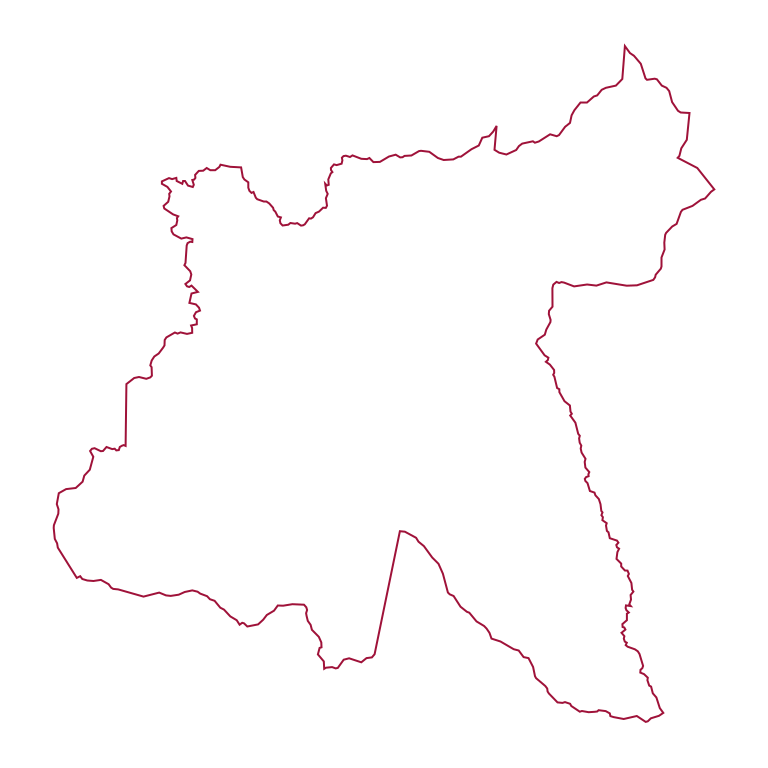 outline of Camapuã, Mato Grosso do Sul, Brazil
{"feature_id": "56859067B86887033099940", "entity_name": "Camapuã", "entity_type": "district", "adm_level": 2, "iso_a3": "BRA", "parent_name": "Brazil", "parent_adm1": "Mato Grosso do Sul", "projection": "natural_earth1", "projection_center": [-53.845, -19.324], "detail": "fine", "context": "isolated", "style": "outline", "palette": "rose", "viewbox_px": 768, "rotation_deg": 0, "n_neighbors": 0, "source": "geoboundaries", "source_scale": "gbopen_adm2", "svg_char_len": 6087}
<svg xmlns="http://www.w3.org/2000/svg" viewBox="0 0 768 768"><path d="M627.5,570.6L624.9,570.5L621.2,566.5L621.2,563.6L616.5,558.9L617.4,552.1L619.1,548.7L617.0,547.3L616.3,545.0L618.4,542.7L617.0,540.6L609.8,538.2L608.5,532.3L606.9,530.9L606.0,525.5L606.7,523.2L602.4,520.2L602.9,517.2L601.4,515.2L602.5,512.4L601.3,510.9L600.5,504.2L598.8,499.0L595.4,495.3L594.5,492.6L589.9,491.0L587.5,483.1L585.4,481.0L584.8,478.9L586.1,477.1L588.6,476.2L588.4,474.2L589.3,472.1L585.4,467.6L584.7,461.9L585.5,458.8L581.6,452.6L580.7,448.6L581.3,445.6L579.7,442.7L579.1,438.4L579.8,435.8L578.2,433.8L575.4,422.7L570.2,415.5L571.8,413.8L570.5,411.6L569.9,405.5L564.5,401.2L559.4,392.2L559.3,389.2L557.1,388.0L554.4,376.7L553.2,374.8L554.2,372.9L554.1,370.0L549.9,364.6L545.9,361.8L547.8,360.1L548.4,357.7L544.6,355.3L536.1,343.6L537.7,339.5L544.8,334.7L546.3,329.6L550.4,322.1L550.6,319.9L548.8,314.1L549.1,310.7L552.5,306.7L552.4,288.1L553.3,284.6L556.5,281.9L559.1,283.0L561.5,282.1L564.1,282.6L574.1,286.4L587.1,284.5L596.4,285.6L606.4,282.4L626.7,285.7L637.0,285.3L653.3,279.9L655.1,277.3L655.7,274.7L660.8,268.7L661.5,266.5L661.5,257.5L664.6,249.5L664.3,242.6L665.2,234.8L666.1,232.9L672.2,226.5L676.6,223.9L680.9,211.9L682.5,209.8L692.5,205.9L700.9,199.8L705.1,198.5L711.0,191.8L714.3,189.4L697.3,168.0L677.7,157.8L679.4,155.9L681.3,148.3L686.8,139.8L689.5,113.0L680.7,112.5L678.0,110.8L672.1,102.1L669.2,91.1L666.5,87.8L661.8,85.6L656.9,79.3L654.7,78.7L647.0,79.8L645.5,78.4L640.8,63.8L634.0,55.8L630.0,53.1L624.9,46.1L622.3,79.0L615.9,85.6L605.9,87.8L601.7,89.8L597.2,95.4L593.8,96.5L587.0,102.5L580.5,102.5L574.4,110.2L571.6,115.3L570.0,122.9L565.1,126.8L559.0,135.1L556.7,136.2L550.1,134.3L538.8,141.5L534.9,142.7L532.9,141.3L522.2,143.6L518.9,146.1L516.2,150.0L506.4,154.5L499.2,152.7L494.5,149.8L496.6,125.9L493.2,131.6L489.0,136.2L482.3,137.7L478.8,145.5L471.5,149.2L460.9,156.7L458.5,156.7L453.3,159.4L443.7,160.0L437.9,158.0L429.3,151.8L421.0,150.8L419.0,151.1L411.4,155.5L404.5,155.9L402.6,157.2L400.2,157.4L395.7,154.7L389.0,156.5L379.9,161.9L373.4,162.1L369.4,158.0L367.0,159.1L361.3,158.8L352.5,155.4L350.0,157.0L345.9,155.7L343.5,156.1L341.9,157.7L342.4,160.4L341.6,163.7L336.6,165.1L334.0,164.4L330.9,168.0L331.0,170.0L332.4,172.1L330.8,173.4L328.3,179.4L328.7,184.8L326.8,185.5L325.2,183.7L326.2,190.8L327.7,193.9L325.9,198.2L327.0,205.7L325.8,207.9L323.1,207.7L319.0,211.6L315.6,213.1L313.0,217.3L310.9,218.6L309.1,218.3L304.8,224.3L303.1,225.3L301.0,225.6L297.2,223.1L295.1,223.7L290.4,223.0L288.3,224.7L282.6,225.5L280.4,223.2L279.8,220.3L280.9,217.4L277.8,216.5L275.3,211.6L273.7,210.1L273.1,207.8L269.2,203.4L266.4,201.5L263.7,201.5L257.2,199.2L255.8,197.7L253.5,192.0L251.5,192.9L249.4,190.8L248.3,187.7L248.3,182.3L244.4,179.5L242.8,177.1L241.1,167.4L230.2,166.8L220.5,164.7L219.4,166.9L215.2,170.2L210.3,170.2L206.7,168.0L203.2,170.7L198.8,170.9L195.1,174.9L195.4,177.9L194.1,179.6L192.3,180.0L193.8,184.8L192.8,187.0L188.0,185.6L185.0,181.0L183.1,181.0L182.3,183.8L176.7,181.0L176.3,177.9L172.1,179.1L169.0,178.1L161.9,181.4L161.9,183.8L167.4,186.9L171.0,191.5L169.2,193.8L169.5,196.4L168.2,201.8L163.6,205.9L164.3,208.5L173.1,214.4L178.2,216.3L176.9,218.1L177.3,220.3L176.3,225.0L171.4,228.1L171.7,231.4L173.5,234.4L181.3,238.6L186.4,237.4L192.5,239.1L192.3,242.0L190.2,241.7L187.6,243.1L186.7,245.5L185.5,262.9L184.4,265.2L190.2,271.2L191.3,274.5L190.0,280.4L185.4,284.0L187.0,286.3L189.2,287.0L191.5,285.6L197.9,291.9L191.5,293.5L189.4,302.9L195.9,304.4L199.0,307.7L200.0,310.6L196.0,312.2L193.9,315.9L195.0,318.5L196.8,319.4L196.8,324.3L191.1,325.5L192.1,328.0L192.2,332.8L187.0,333.9L180.5,332.4L177.6,333.6L174.9,332.5L166.4,337.4L164.7,340.0L164.5,345.4L163.2,347.5L158.7,353.5L154.3,356.5L151.7,360.5L150.3,365.4L151.6,367.2L151.9,375.7L150.3,377.4L146.3,378.8L139.0,377.0L134.2,378.0L126.4,384.1L125.6,445.9L123.7,445.1L122.0,445.7L119.8,447.0L118.8,450.1L116.3,450.4L114.7,448.7L112.2,449.1L106.5,447.0L103.0,451.0L100.8,451.2L94.6,448.2L91.9,448.8L90.1,451.0L93.3,456.8L89.8,469.7L84.3,475.6L82.6,481.7L75.7,488.0L66.1,489.1L58.8,493.2L56.8,504.1L58.5,509.3L58.3,513.7L53.9,525.2L53.7,527.9L54.8,538.9L57.1,543.3L57.8,547.6L76.8,577.9L80.2,576.2L82.3,579.0L87.3,580.5L93.4,581.0L100.9,579.9L108.6,584.2L111.1,587.6L113.2,588.9L118.2,589.4L143.5,596.6L159.2,592.6L166.0,595.4L170.7,595.9L178.7,594.7L184.7,592.0L192.3,590.4L197.6,591.7L200.2,593.6L207.1,596.2L209.9,599.2L214.6,600.8L220.3,607.7L224.0,609.6L230.3,616.4L236.7,620.2L239.6,624.7L242.2,622.8L244.0,623.3L247.3,626.5L258.1,624.4L263.2,619.7L266.8,615.0L274.0,610.7L277.8,605.5L283.1,605.7L292.4,604.2L304.0,604.7L306.3,607.3L307.1,610.0L306.1,613.2L306.6,616.0L307.8,620.9L310.6,624.8L311.9,629.8L318.8,636.8L321.3,642.4L321.5,647.3L319.6,647.9L317.9,654.4L323.8,661.4L324.2,668.8L326.0,667.7L332.1,667.1L335.7,668.4L337.8,667.9L343.7,659.7L349.1,658.3L361.3,662.3L366.5,658.1L371.9,657.4L374.6,654.2L399.9,531.2L404.9,531.7L416.1,537.8L418.5,541.7L423.9,546.1L432.2,557.5L438.5,563.8L442.9,573.7L447.9,592.5L449.7,594.3L453.6,596.0L460.5,606.7L466.9,611.8L469.3,612.7L476.5,621.4L484.1,626.0L486.6,628.6L489.5,632.9L491.5,638.6L500.5,641.5L513.7,649.2L518.7,650.5L523.6,657.1L528.5,658.1L533.1,667.0L535.0,676.2L536.1,678.2L545.3,686.0L547.2,688.5L547.6,691.5L548.9,693.5L557.5,702.4L562.5,702.9L565.0,702.1L570.1,703.8L571.3,706.0L579.8,711.7L581.9,711.0L588.7,712.2L594.7,711.8L597.2,711.5L598.6,710.2L605.7,711.1L609.8,713.4L610.4,716.1L613.6,717.1L623.7,719.0L636.8,716.0L645.7,721.9L647.8,721.3L650.9,718.3L659.0,715.8L663.3,712.9L659.8,708.1L656.4,697.5L652.8,693.3L651.1,686.6L649.2,685.6L647.4,680.2L647.8,677.7L644.0,674.1L640.3,672.6L640.5,669.8L642.3,668.2L643.1,665.9L639.5,654.0L637.8,651.3L634.9,649.3L627.6,646.7L625.7,645.1L626.8,642.7L624.8,641.6L623.8,638.6L624.4,636.2L621.5,632.8L625.4,629.6L624.3,627.5L622.6,627.0L622.4,624.1L626.9,620.2L626.9,613.7L628.8,612.5L626.4,610.2L625.6,608.0L626.0,605.4L630.8,606.1L629.3,604.3L631.0,599.6L630.6,595.0L633.4,591.6L632.1,589.7L631.4,583.0L627.8,576.0L628.9,573.9L627.5,570.6Z" fill="none" stroke="#9f1239" stroke-width="2"/></svg>